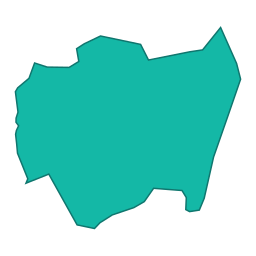 outline of Hampton, Virginia, United States of America
{"feature_id": "52423323B9721740762179", "entity_name": "Hampton", "entity_type": "district", "adm_level": 2, "iso_a3": "USA", "parent_name": "United States of America", "parent_adm1": "Virginia", "projection": "orthographic", "projection_center": [-76.376, 37.054], "detail": "fine", "context": "isolated", "style": "filled", "palette": "teal", "viewbox_px": 256, "rotation_deg": 0, "n_neighbors": 0, "source": "geoboundaries", "source_scale": "gbopen_adm2", "svg_char_len": 643}
<svg xmlns="http://www.w3.org/2000/svg" viewBox="0 0 256 256"><path d="M84.4,43.7L76.6,48.7L78.8,61.5L69.1,67.4L47.2,67.1L34.6,63.0L29.0,78.3L17.7,87.8L15.4,91.7L18.0,112.2L16.1,118.1L16.0,122.2L18.6,125.8L16.4,130.5L15.6,134.3L16.7,144.2L17.5,153.2L27.8,178.8L26.0,183.2L48.8,174.1L77.1,224.9L94.5,228.5L100.0,222.7L112.3,214.9L133.9,207.6L144.3,201.6L153.6,188.3L167.6,189.4L182.0,190.5L186.3,197.6L185.8,209.6L189.6,211.6L199.3,210.1L204.2,198.3L213.6,156.9L216.8,147.8L228.9,113.1L240.6,79.2L236.6,63.5L220.6,27.5L202.6,49.9L189.8,51.8L148.5,60.0L140.6,44.4L100.5,36.0L84.4,43.7Z" fill="#14b8a6" stroke="#0f766e" stroke-width="1.5"/></svg>